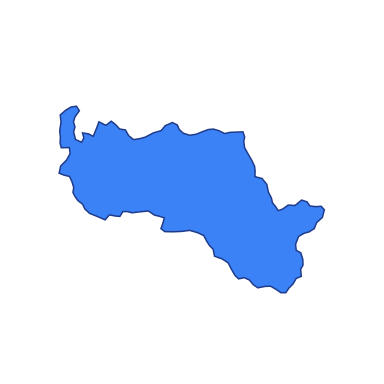 Ewbank da Câmara, Minas Gerais, Brazil, rotated 240°
{"feature_id": "56859067B96490156816803", "entity_name": "Ewbank da Câmara", "entity_type": "district", "adm_level": 2, "iso_a3": "BRA", "parent_name": "Brazil", "parent_adm1": "Minas Gerais", "projection": "orthographic", "projection_center": [-43.556, -21.576], "detail": "fine", "context": "isolated", "style": "filled", "palette": "blue", "viewbox_px": 384, "rotation_deg": 240, "n_neighbors": 0, "source": "geoboundaries", "source_scale": "gbopen_adm2", "svg_char_len": 1850}
<svg xmlns="http://www.w3.org/2000/svg" viewBox="0 0 384 384"><g transform="rotate(240 192 192)"><path d="M324.6,116.4L318.0,113.5L311.1,108.0L304.9,105.2L300.3,102.2L295.7,100.9L291.8,108.0L286.3,105.7L282.4,99.4L280.2,91.3L274.7,86.3L270.5,89.7L266.7,93.7L261.1,93.2L255.0,91.8L251.2,88.7L246.5,88.4L241.6,88.9L236.0,91.2L230.9,90.7L224.7,92.6L217.1,98.6L211.3,102.8L213.5,109.0L209.7,113.4L206.9,117.3L209.6,122.3L207.2,126.5L204.0,129.6L201.4,135.8L197.3,144.8L190.8,147.9L186.9,152.0L183.4,155.1L179.4,151.0L175.8,146.8L171.3,148.6L167.0,155.7L163.1,163.2L159.9,170.8L154.0,176.5L148.4,180.4L141.8,180.1L136.7,180.4L131.9,181.7L125.1,179.4L119.0,184.6L112.5,187.9L105.6,187.5L98.4,187.5L93.5,188.9L91.6,194.5L87.0,197.7L81.2,198.7L76.1,201.1L73.7,208.1L71.1,213.0L66.0,215.9L60.3,218.7L57.9,222.9L60.3,227.9L61.8,233.4L65.0,239.0L64.3,244.5L70.8,247.5L73.2,251.6L78.3,254.3L84.9,255.8L89.4,253.1L95.0,255.6L100.2,262.1L100.2,268.5L98.9,273.5L99.2,279.7L103.1,284.4L104.8,292.2L110.4,297.7L115.1,296.7L117.4,291.9L121.0,287.1L126.0,286.7L130.2,282.9L128.8,274.5L132.6,268.8L131.9,262.0L132.8,257.3L137.5,257.1L142.3,256.3L147.2,257.8L153.7,258.1L161.2,260.6L168.7,259.4L173.8,254.2L178.9,257.3L183.1,259.1L189.3,259.6L196.7,259.6L204.1,259.7L209.9,262.1L213.3,265.1L218.6,266.2L221.8,260.2L224.7,254.6L226.3,249.5L231.5,246.1L235.8,242.0L238.0,237.2L239.1,230.7L239.9,224.7L242.2,218.5L247.3,213.8L252.6,212.2L257.4,212.8L262.0,209.7L262.8,202.0L260.6,195.9L262.5,188.2L262.9,178.9L264.4,173.2L266.6,167.6L272.5,165.3L279.0,165.4L282.8,160.8L288.4,159.6L293.7,157.5L292.8,150.8L299.3,146.5L295.0,141.3L289.6,134.3L294.2,131.4L297.9,126.7L293.0,125.4L290.2,121.3L295.7,117.4L303.2,119.5L306.9,123.2L312.0,124.4L315.6,128.3L318.7,135.1L324.1,134.8L326.1,129.7L326.0,123.7L324.6,116.4Z" fill="#3b82f6" stroke="#1e3a8a" stroke-width="1.5"/></g></svg>